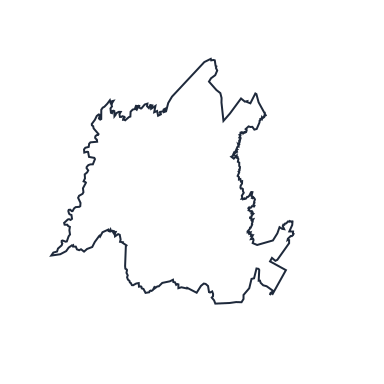 outline of Mazozolu pag., Ogre, Latvia, rotated 120°
{"feature_id": "27541924B71176066479064", "entity_name": "Mazozolu pag.", "entity_type": "district", "adm_level": 2, "iso_a3": "LVA", "parent_name": "Latvia", "parent_adm1": "Ogre", "projection": "robinson", "projection_center": [25.443, 56.925], "detail": "fine", "context": "isolated", "style": "outline", "palette": "slate", "viewbox_px": 384, "rotation_deg": 120, "n_neighbors": 0, "source": "geoboundaries", "source_scale": "gbopen_adm2", "svg_char_len": 6071}
<svg xmlns="http://www.w3.org/2000/svg" viewBox="0 0 384 384"><g transform="rotate(120 192 192)"><path d="M153.6,309.0L157.9,309.5L162.0,310.5L163.6,311.5L166.1,311.7L174.2,307.1L175.2,307.7L174.9,309.3L172.1,310.1L171.3,310.8L171.5,311.6L173.8,312.5L178.0,312.2L183.2,312.8L184.3,312.0L184.4,310.5L186.1,309.0L188.6,301.9L189.6,301.9L190.4,303.0L191.8,303.5L193.0,303.3L193.8,302.6L194.3,300.5L195.9,299.3L199.8,304.8L201.6,305.2L204.6,304.0L207.0,306.5L209.1,306.8L211.7,305.0L209.6,303.0L209.3,302.0L213.1,298.7L211.3,293.7L212.0,292.5L217.6,291.7L218.9,293.8L220.5,295.2L222.9,295.7L224.0,295.3L225.2,292.7L227.4,292.6L230.4,293.7L233.7,291.5L237.0,291.2L236.7,289.2L237.0,288.5L243.3,288.3L246.5,285.9L248.4,285.9L251.7,287.9L254.0,287.7L257.2,283.1L260.1,281.7L261.1,282.1L263.3,285.2L265.1,285.9L268.3,285.9L268.7,286.6L268.2,288.6L269.1,289.8L270.3,289.6L271.8,288.1L272.5,287.0L272.2,284.9L275.2,282.5L276.9,283.2L277.0,284.9L277.9,285.8L282.7,287.3L284.0,286.0L282.7,283.6L283.4,282.2L283.3,280.3L286.4,279.1L289.8,276.4L292.0,276.7L297.4,275.7L298.2,276.6L298.7,279.8L299.4,280.4L300.7,279.8L301.4,278.6L303.4,278.2L308.0,279.8L311.0,279.1L313.8,281.8L317.4,282.1L311.8,275.0L306.1,271.4L301.8,271.0L298.2,269.3L298.3,268.6L297.7,268.3L298.7,267.7L297.4,265.3L299.2,263.0L298.8,260.6L297.1,259.5L297.6,255.7L293.8,254.4L289.5,250.9L283.9,251.2L276.5,250.4L276.0,250.2L276.5,249.3L271.6,249.4L266.4,245.7L267.5,244.8L267.3,243.7L265.3,243.8L266.5,242.5L265.4,241.7L265.0,240.2L266.3,240.2L266.7,239.5L265.8,239.5L264.8,238.1L267.2,237.8L268.9,236.5L265.4,234.9L265.2,233.2L268.8,230.1L271.1,229.4L270.1,226.8L270.7,226.7L271.0,222.0L272.2,222.1L289.6,212.9L291.7,211.4L291.8,209.6L292.3,209.2L294.8,208.3L296.3,206.0L298.3,205.6L299.9,203.7L300.2,201.8L301.4,200.6L301.4,199.5L302.7,197.5L302.2,196.4L299.2,194.6L297.5,192.6L300.5,190.6L299.3,189.1L299.4,188.4L300.6,187.3L300.2,185.6L302.6,181.8L300.2,178.9L299.0,179.1L298.1,178.6L297.9,177.6L296.5,176.9L293.6,177.0L294.0,176.2L292.9,176.2L293.0,175.6L291.1,174.8L290.3,173.6L285.6,172.3L280.4,166.5L277.5,164.6L279.3,163.1L278.7,161.6L280.3,159.3L279.1,158.8L278.8,157.6L282.1,155.7L279.8,153.5L278.1,148.2L277.4,148.3L276.9,137.6L268.8,137.3L265.4,136.0L264.8,134.2L265.4,131.1L270.2,127.2L270.0,126.1L268.0,124.8L269.8,122.7L271.8,121.7L273.6,122.1L274.8,118.7L277.0,116.0L269.3,103.9L265.3,98.8L262.7,94.0L258.9,93.9L255.4,95.9L246.7,94.3L237.5,97.0L235.7,95.1L226.0,97.9L225.3,96.0L225.9,94.8L235.5,89.9L234.8,88.8L236.3,87.2L237.2,83.7L236.3,80.3L237.1,72.1L240.3,73.5L242.2,73.1L239.6,72.6L239.9,71.2L212.7,71.6L213.1,89.7L209.1,89.8L209.9,85.4L208.1,84.2L187.8,82.3L185.2,83.8L185.5,84.3L185.0,85.1L185.5,85.3L184.5,85.6L180.8,84.5L180.3,83.5L178.8,83.0L177.5,83.1L177.5,83.8L175.7,84.7L177.5,88.0L170.5,88.7L166.5,90.6L168.2,90.5L168.2,92.8L169.2,93.0L169.4,94.1L172.0,94.7L172.9,95.7L174.2,95.6L174.6,96.6L176.1,96.4L178.1,93.6L178.8,95.4L178.7,98.6L185.1,97.4L193.5,97.7L205.3,109.1L205.9,113.9L202.8,114.7L201.9,115.7L203.3,117.4L199.2,117.7L200.4,119.0L199.1,119.3L199.3,120.7L198.3,120.9L199.7,121.6L199.1,122.4L197.9,122.3L198.1,123.3L199.0,123.8L198.4,124.2L195.2,123.5L193.9,123.9L193.6,123.3L190.1,123.6L189.8,124.2L187.5,124.6L187.5,125.1L185.0,125.3L186.4,126.6L185.4,127.2L185.6,128.6L185.0,129.0L183.7,128.0L182.6,128.5L180.3,128.0L180.6,129.1L179.9,129.2L180.4,129.8L179.1,129.9L178.6,130.7L179.7,131.8L179.2,132.8L179.5,133.8L178.6,133.9L177.9,135.1L177.0,134.9L177.6,134.1L176.7,134.1L176.2,133.2L174.3,133.0L173.5,131.0L172.6,131.1L172.8,131.9L172.1,132.5L170.1,132.5L169.8,133.2L166.9,133.8L166.0,135.5L166.1,136.3L167.1,136.4L167.2,137.1L165.7,137.1L165.7,138.5L161.9,139.6L162.2,140.4L162.7,140.8L166.4,140.5L168.2,141.0L168.7,141.8L170.8,142.0L171.7,142.9L171.4,143.4L172.8,144.2L172.4,144.7L173.0,145.6L171.8,145.6L170.3,147.0L166.8,146.8L165.8,148.3L164.0,149.4L163.9,150.5L164.6,151.3L164.1,152.2L162.2,153.0L159.7,152.9L157.6,154.0L158.5,154.9L156.6,156.6L157.7,157.6L155.6,158.8L155.3,160.5L151.5,160.9L151.0,161.9L149.7,161.5L148.9,162.4L148.2,162.1L146.3,163.0L145.9,164.1L142.9,165.8L142.9,167.4L140.3,168.3L139.7,169.2L139.9,169.7L139.1,170.0L139.5,170.7L138.1,171.5L142.2,172.5L141.8,175.6L138.9,173.9L138.8,175.1L136.4,175.3L136.2,174.6L136.9,174.3L135.3,173.4L135.3,174.7L134.3,174.7L133.9,174.0L133.5,174.6L132.7,174.2L132.8,174.9L130.2,175.2L129.5,174.4L129.2,175.0L127.9,174.9L128.1,175.4L127.7,175.8L127.8,175.3L127.0,175.1L126.5,175.8L125.6,175.5L123.5,176.2L124.5,176.5L124.0,176.8L121.4,176.7L120.9,177.0L121.2,178.2L119.1,178.2L118.8,179.4L117.9,178.9L116.3,179.7L115.3,178.8L115.8,178.2L115.1,177.4L115.5,177.0L113.9,176.7L113.4,176.1L113.9,175.7L113.0,175.1L111.0,175.6L110.7,177.0L106.9,175.8L106.5,173.9L105.4,172.3L106.8,169.2L105.1,167.5L98.1,168.3L96.4,169.1L95.3,168.6L94.7,169.3L93.7,168.4L92.7,168.7L93.1,168.1L92.4,168.3L92.1,167.5L91.6,167.6L91.6,168.3L91.0,167.2L89.3,167.6L89.7,167.1L88.9,167.2L89.3,166.9L88.7,166.5L81.0,179.2L75.0,185.2L75.0,186.4L86.0,185.8L86.6,189.8L85.9,189.8L87.3,191.4L86.5,196.3L105.1,198.4L114.7,200.3L99.8,211.2L95.8,213.4L92.2,216.9L91.5,221.8L87.9,232.5L84.0,232.4L79.2,230.3L74.2,230.9L72.6,233.3L71.0,233.7L71.0,234.6L66.6,238.1L66.9,239.4L68.4,241.2L67.3,242.3L73.3,246.3L119.4,257.0L126.8,257.1L135.1,254.8L136.5,256.0L133.0,256.7L134.7,257.8L136.6,257.3L138.6,259.7L139.4,259.6L139.7,258.3L140.3,257.8L142.9,259.5L139.3,262.7L141.8,264.6L135.8,266.7L140.4,269.0L139.6,269.6L136.9,269.7L137.5,271.6L140.9,271.3L140.2,273.8L137.8,274.8L139.9,276.7L144.9,277.6L145.3,278.2L145.2,280.1L143.8,280.7L144.0,281.3L148.4,281.0L148.3,281.6L145.0,282.7L145.4,283.6L148.8,283.0L150.3,284.6L153.2,285.3L157.5,283.1L158.7,284.1L163.3,285.7L163.3,286.9L163.9,287.8L162.8,288.2L161.1,287.6L160.7,288.1L161.2,290.2L162.4,290.8L163.0,291.9L160.8,293.8L158.3,293.8L159.2,295.5L162.0,297.2L163.1,296.7L165.2,297.0L160.8,299.7L160.8,300.5L161.5,301.3L163.7,300.7L163.9,301.8L160.4,304.4L157.9,304.1L156.9,305.1L154.8,305.7L152.3,305.6L153.3,306.7L155.5,307.1L153.6,309.0Z" fill="none" stroke="#1e293b" stroke-width="2"/></g></svg>